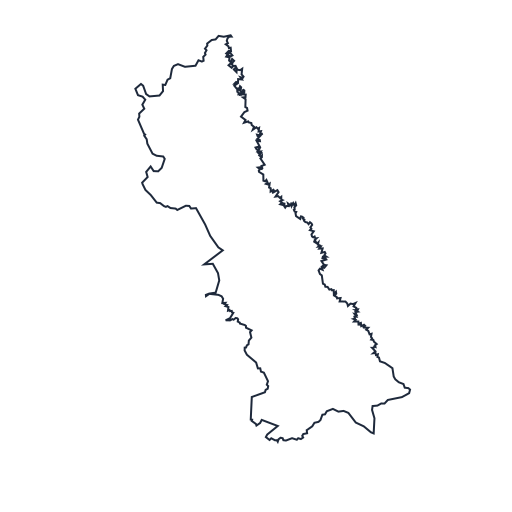 the district of Jericho & Al Aghwar, West Bank, Palestine, rotated 332°
{"feature_id": "87354302B18647900198549", "entity_name": "Jericho & Al Aghwar", "entity_type": "district", "adm_level": 2, "iso_a3": "PSE", "parent_name": "Palestine", "parent_adm1": "West Bank", "projection": "robinson", "projection_center": [35.498, 31.968], "detail": "fine", "context": "isolated", "style": "outline", "palette": "slate", "viewbox_px": 512, "rotation_deg": 332, "n_neighbors": 0, "source": "geoboundaries", "source_scale": "gbopen_adm2", "svg_char_len": 6061}
<svg xmlns="http://www.w3.org/2000/svg" viewBox="0 0 512 512"><g transform="rotate(332 256 256)"><path d="M337.2,49.2L330.5,47.3L326.3,44.1L322.0,45.8L318.3,44.5L312.6,45.5L311.8,47.4L308.3,49.0L308.9,51.1L306.2,52.8L306.0,54.5L302.9,55.4L301.4,59.0L299.5,58.9L297.1,56.2L291.9,59.6L282.1,55.6L277.2,50.0L272.7,49.6L269.6,51.4L263.7,58.8L260.7,58.8L256.2,62.4L254.1,60.9L251.3,66.8L246.1,69.0L236.9,65.1L235.0,61.4L236.3,52.7L235.2,50.1L228.0,51.7L227.3,58.6L230.7,62.1L231.6,66.0L226.7,69.0L226.5,73.5L219.7,75.4L218.4,78.3L215.8,80.2L214.5,95.8L215.1,96.7L213.8,97.3L214.3,101.6L212.8,105.8L212.7,117.1L215.3,120.8L220.8,124.6L221.0,127.4L214.1,133.9L209.4,135.3L205.5,133.0L205.0,127.5L198.5,130.2L197.4,135.4L189.9,137.8L189.6,139.3L189.4,145.8L191.7,152.7L193.4,162.3L196.2,164.3L198.2,168.8L199.5,170.3L201.3,170.4L203.0,173.5L207.3,176.4L208.1,178.4L217.7,178.7L220.6,180.5L220.9,183.6L225.5,185.6L225.9,204.3L225.0,216.7L226.8,230.7L229.3,235.4L206.3,239.1L214.2,242.6L214.4,253.3L212.1,260.3L203.2,269.4L197.0,267.2L193.5,266.8L193.0,268.0L197.0,267.5L204.6,272.7L206.7,275.4L206.9,278.3L204.2,281.7L206.8,282.9L205.4,283.4L207.4,285.6L205.6,286.0L207.7,288.1L205.6,291.1L207.3,291.3L207.2,292.5L208.8,293.1L208.4,294.5L209.3,295.5L203.8,298.7L199.0,298.5L202.9,300.7L205.5,300.6L206.3,301.7L209.0,301.2L210.3,302.3L210.5,303.5L209.1,305.3L210.4,307.2L210.1,308.1L213.7,311.7L214.3,313.0L213.5,314.6L217.2,319.6L215.0,320.4L213.6,325.9L210.0,327.3L207.9,330.5L206.0,330.6L204.3,332.1L203.0,331.6L201.6,334.1L201.6,338.9L206.1,350.1L204.9,356.1L207.0,357.2L206.1,360.4L208.2,362.7L207.8,372.2L205.1,374.7L205.7,376.6L204.0,378.7L201.7,378.7L199.9,380.5L186.1,378.5L174.6,397.9L175.7,398.7L174.8,399.6L177.1,404.3L176.8,405.9L181.2,405.4L184.1,403.4L195.4,416.3L182.1,418.9L179.7,420.5L181.6,424.8L183.9,424.1L186.3,427.7L187.9,428.4L188.0,430.2L189.9,428.4L192.4,428.0L194.0,429.4L193.7,431.5L195.8,433.0L202.3,433.8L205.8,437.4L207.7,436.7L209.7,438.7L212.4,438.4L212.4,436.5L214.2,435.4L217.9,436.5L219.0,433.6L225.7,432.8L229.3,430.7L233.3,431.8L235.9,431.1L240.1,427.3L242.6,428.2L245.6,426.3L252.1,427.1L255.7,432.1L260.6,433.9L263.9,437.9L265.9,449.9L271.2,457.0L274.7,465.6L276.6,467.9L284.4,454.9L286.2,446.4L288.5,443.2L293.0,445.1L297.3,445.0L300.2,446.6L304.8,445.0L318.6,449.1L326.8,449.0L329.3,446.3L328.5,444.2L325.5,442.1L326.1,438.3L322.8,434.5L321.1,430.3L321.0,427.1L323.8,419.1L319.5,410.9L316.0,407.2L316.9,403.4L315.8,402.1L317.4,400.0L315.4,399.7L316.0,397.7L313.9,396.9L316.7,396.2L315.4,391.6L316.8,392.3L318.0,391.4L318.8,392.4L319.4,390.6L321.2,390.4L319.9,387.0L320.2,385.3L318.5,383.9L319.9,383.2L319.5,381.4L321.5,378.9L319.5,378.5L320.0,374.8L318.7,372.8L321.3,372.0L317.5,369.7L317.6,368.8L319.5,368.7L319.1,367.4L316.0,367.3L317.2,364.3L316.0,364.1L316.1,365.6L314.3,364.7L315.6,361.9L311.8,359.9L314.0,359.1L312.6,357.4L314.0,357.7L314.4,355.9L316.2,356.8L315.8,353.6L317.2,355.0L317.4,352.2L319.8,353.0L318.4,350.5L320.2,351.5L321.1,350.9L319.4,349.9L320.2,348.8L318.5,346.3L321.8,344.2L319.1,344.0L317.1,342.4L313.7,343.3L314.3,340.8L313.6,338.2L308.5,335.4L310.9,332.8L307.7,331.5L308.1,330.5L306.7,328.0L309.2,326.9L309.8,325.1L306.9,326.1L308.6,322.6L307.0,322.0L307.0,320.7L305.0,320.1L304.7,316.9L302.8,315.7L303.3,313.5L302.1,311.9L305.0,304.0L304.0,301.9L304.5,298.1L306.5,297.2L308.3,299.4L308.8,296.4L310.8,296.0L309.7,297.6L310.7,298.5L313.8,297.2L311.9,295.8L311.4,291.2L316.4,292.1L316.2,290.7L313.7,289.1L314.7,288.0L317.8,289.6L316.6,287.5L318.6,286.3L318.6,284.7L315.2,283.9L318.4,280.6L315.3,279.2L317.7,278.0L315.4,277.0L317.2,276.5L316.0,275.0L317.5,273.2L315.8,273.7L313.7,270.0L315.5,271.2L315.5,269.4L317.7,268.8L316.6,268.4L316.9,266.3L315.3,266.4L314.6,265.0L315.1,263.0L318.6,261.3L315.8,258.5L317.7,257.8L317.5,256.2L320.2,254.9L320.3,253.4L319.5,251.5L317.4,252.6L317.0,250.5L315.5,249.2L314.9,247.3L315.8,246.6L314.9,245.0L315.9,244.4L315.0,242.7L314.2,242.1L312.4,244.0L310.1,239.6L310.9,236.9L312.2,236.0L311.0,234.9L311.1,233.0L312.2,232.8L312.6,231.2L315.3,230.1L315.8,227.9L313.6,229.3L313.7,226.8L311.1,228.5L312.3,225.4L310.5,227.9L308.9,224.6L308.3,227.3L306.2,226.1L304.5,227.0L304.3,225.4L305.7,223.1L305.0,222.5L304.9,223.7L303.9,223.8L301.7,221.7L304.0,221.2L303.0,219.0L305.6,219.1L304.8,218.1L306.1,215.6L304.4,215.9L303.7,213.6L301.1,212.7L305.9,210.2L305.8,207.9L300.7,208.0L300.8,206.8L302.6,207.0L302.5,205.7L299.2,205.9L300.8,203.1L299.7,201.7L302.0,198.5L300.4,198.7L298.7,197.0L300.7,196.7L300.9,193.7L299.2,194.4L297.9,193.0L300.7,187.5L298.2,183.2L298.5,182.0L300.2,181.3L299.2,178.8L301.3,179.6L301.0,181.2L301.9,181.9L302.8,181.5L303.1,179.1L306.5,179.5L305.7,171.9L307.5,171.6L308.3,170.2L307.1,170.7L306.1,168.7L310.2,166.9L306.7,167.0L306.4,166.0L308.8,165.6L306.5,164.4L308.6,163.4L306.6,162.2L306.5,160.0L308.9,160.5L309.7,162.5L310.7,162.0L310.6,154.8L313.4,156.5L313.8,155.3L311.9,153.3L315.4,152.2L313.7,150.8L313.9,149.4L316.4,151.6L319.3,151.0L316.7,150.2L319.0,148.1L316.7,147.3L318.8,144.4L317.4,144.5L316.8,142.5L312.5,143.0L314.9,141.0L313.7,138.3L314.3,136.4L312.2,134.5L312.3,133.5L308.0,132.7L310.6,131.0L308.2,125.9L313.3,123.5L316.8,123.7L317.6,121.1L316.5,119.5L320.4,112.7L319.0,109.9L321.3,110.8L322.7,108.6L320.0,106.9L322.4,106.1L323.4,104.4L322.9,103.4L322.0,103.5L321.5,105.6L319.9,104.0L318.6,106.7L317.6,106.3L318.7,105.3L316.5,104.9L317.4,103.6L316.6,102.2L317.2,101.0L318.7,101.0L319.8,102.7L322.1,100.1L321.6,98.6L320.2,100.1L317.5,99.1L316.8,95.5L319.7,95.1L317.7,93.8L320.1,93.0L321.6,94.3L323.3,91.4L326.5,93.6L326.2,90.8L327.9,92.5L329.2,91.8L328.5,88.9L331.7,84.2L329.3,84.5L326.4,82.3L325.1,84.5L324.0,80.9L325.4,80.3L327.1,81.4L327.2,78.5L325.1,77.5L322.9,78.4L321.3,74.7L324.0,74.0L324.8,76.1L325.9,74.2L328.3,73.4L327.4,70.8L324.7,72.9L324.0,70.8L325.9,68.2L323.3,66.0L325.2,65.0L327.3,67.8L329.3,67.8L328.5,64.3L325.4,64.2L324.8,63.2L328.3,62.1L330.1,63.4L331.4,60.2L329.7,59.7L330.1,57.9L328.7,54.9L331.1,54.9L331.2,52.3L333.1,50.4L335.4,49.8L337.4,50.8L337.2,49.2Z" fill="none" stroke="#1e293b" stroke-width="2"/></g></svg>